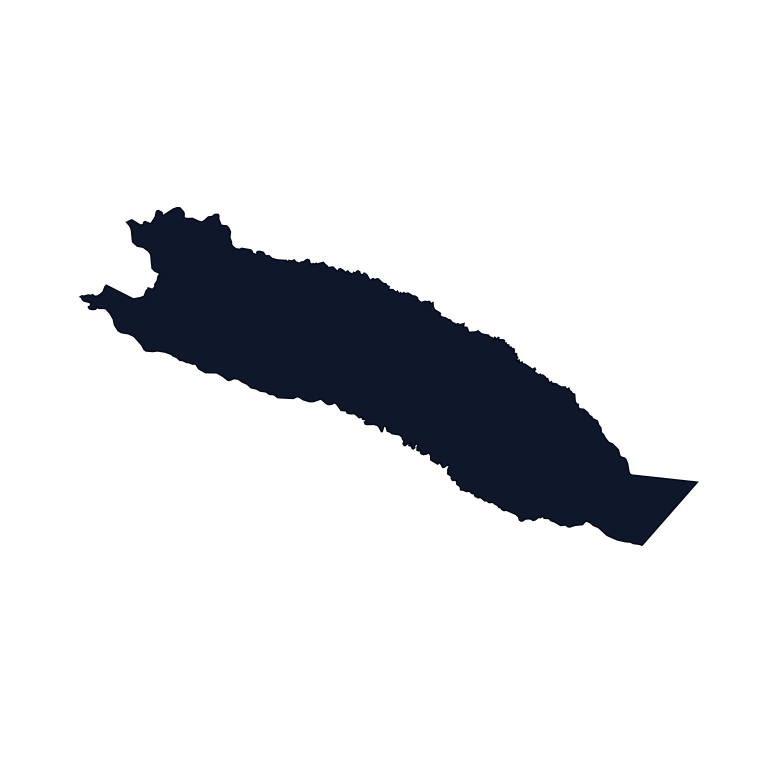 the district of Dolega, Chiriquí, Panama, rotated 141°
{"feature_id": "35544464B94814953668785", "entity_name": "Dolega", "entity_type": "district", "adm_level": 2, "iso_a3": "PAN", "parent_name": "Panama", "parent_adm1": "Chiriquí", "projection": "mercator", "projection_center": [-82.464, 8.626], "detail": "fine", "context": "isolated", "style": "filled", "palette": "ink", "viewbox_px": 768, "rotation_deg": 141, "n_neighbors": 0, "source": "geoboundaries", "source_scale": "gbopen_adm2", "svg_char_len": 6169}
<svg xmlns="http://www.w3.org/2000/svg" viewBox="0 0 768 768"><g transform="rotate(141 384 384)"><path d="M202.3,110.5L249.0,157.5L249.5,159.5L249.0,161.5L244.8,168.9L243.5,173.1L243.7,175.1L245.5,177.6L246.0,179.6L243.3,185.4L244.2,193.6L246.1,197.1L246.1,202.8L245.3,206.4L245.6,209.6L243.1,213.4L243.0,217.1L241.4,221.0L243.7,225.6L243.2,227.8L244.2,230.4L243.7,233.7L244.7,238.6L248.1,242.0L247.1,244.5L245.8,245.8L246.9,247.6L246.5,250.0L242.3,256.1L243.6,258.2L243.3,260.1L243.9,262.3L243.0,264.4L244.3,264.3L245.6,266.0L244.9,267.5L248.1,270.1L249.6,273.4L249.8,275.3L252.0,277.8L253.1,277.6L252.5,280.5L254.2,280.6L254.8,281.3L253.5,285.0L253.7,285.6L254.6,285.8L254.3,287.9L254.8,290.8L256.4,291.9L256.3,293.2L258.1,293.6L259.3,298.2L259.3,299.7L257.1,299.9L256.8,301.5L259.4,301.8L262.0,310.8L263.3,311.8L262.9,314.3L264.8,314.8L265.3,315.5L264.0,317.6L266.0,318.0L265.3,319.8L263.6,320.2L263.4,322.2L262.0,324.1L263.7,326.4L261.7,327.9L261.0,329.3L261.4,330.4L262.5,330.7L262.1,332.7L264.0,334.7L262.5,335.7L264.2,337.6L263.3,338.8L264.4,340.9L263.2,341.7L263.1,342.4L263.7,343.5L266.9,345.9L266.7,346.7L265.6,347.5L265.9,348.3L268.7,347.9L268.3,349.9L268.7,350.7L270.6,349.6L270.9,352.0L272.3,354.3L272.1,356.2L275.5,360.0L276.9,362.3L277.4,366.1L279.4,366.4L285.2,370.4L285.5,371.3L284.1,374.9L284.1,376.0L286.5,378.1L283.8,380.6L287.1,382.0L288.4,383.1L288.6,384.4L291.3,385.1L290.8,386.4L292.3,388.7L292.2,391.9L293.7,393.9L294.5,396.7L297.1,399.8L297.2,402.6L295.9,403.1L295.8,403.9L297.9,409.8L297.0,413.4L294.7,416.4L297.3,416.9L296.7,419.0L297.0,419.9L298.9,420.8L299.9,422.3L303.2,423.6L304.1,424.6L304.7,428.2L303.9,429.7L303.9,430.8L304.8,433.1L306.2,434.2L308.1,439.5L310.4,440.6L311.1,442.6L313.0,442.4L313.8,444.7L314.9,444.1L315.6,444.7L315.1,447.7L317.1,447.6L317.6,451.6L320.4,454.0L320.1,455.5L318.7,456.3L319.8,458.5L319.5,460.7L320.8,462.0L321.6,463.7L322.4,469.4L323.6,470.3L325.8,470.8L325.8,472.2L326.3,472.8L328.9,473.2L329.7,473.8L328.7,479.2L329.0,481.7L329.7,482.7L331.6,482.3L332.8,483.1L333.2,484.6L332.3,486.5L333.1,488.4L334.1,488.7L336.4,488.0L337.4,489.9L338.7,489.1L339.7,489.7L340.8,492.1L341.0,494.7L343.9,494.8L344.0,497.5L345.3,501.1L346.7,501.6L348.8,500.8L349.4,501.1L350.0,507.0L353.6,509.3L354.4,510.4L353.9,512.0L354.5,513.4L354.6,516.7L360.5,519.3L360.8,520.6L362.7,520.7L363.2,522.1L364.6,522.4L365.6,524.2L364.2,527.3L365.0,529.0L366.7,529.5L369.4,529.4L371.6,530.9L374.1,531.0L374.5,532.5L375.7,534.1L375.7,537.0L378.2,537.5L380.2,539.9L381.7,539.0L382.3,539.3L382.0,541.3L388.9,547.6L392.0,552.1L392.7,556.2L395.4,558.0L394.9,562.2L397.2,565.4L399.1,566.6L400.1,566.2L401.1,564.9L402.0,565.2L403.7,567.9L402.9,571.0L403.4,572.4L409.5,579.2L411.1,579.2L414.2,582.4L415.0,586.7L414.5,588.6L413.2,590.4L411.7,594.9L407.6,598.8L406.5,602.9L406.7,605.8L409.9,608.9L410.6,610.2L408.6,616.3L406.4,618.8L406.2,620.2L408.9,622.3L412.0,622.2L415.3,624.3L421.2,624.0L423.8,624.6L425.7,627.2L428.6,633.2L432.8,636.3L434.3,638.1L434.3,639.8L432.2,642.0L431.5,643.8L431.7,649.2L433.8,651.2L437.7,652.6L449.2,653.7L449.8,654.7L448.6,656.9L450.0,660.5L451.3,661.4L452.7,660.9L456.6,657.8L464.0,655.3L465.0,656.1L467.6,660.7L468.7,660.8L471.2,659.3L473.4,661.0L476.7,670.3L482.2,671.7L482.1,667.1L482.6,664.5L483.9,661.8L489.9,652.7L489.0,646.4L485.1,641.9L483.4,635.4L483.7,631.5L491.4,619.9L491.1,616.1L488.7,611.3L489.7,610.2L491.6,610.0L495.3,606.9L499.3,605.7L500.9,603.6L504.5,603.3L506.8,607.0L507.3,606.5L510.0,606.2L515.2,603.1L519.0,604.4L525.3,607.8L537.7,635.6L539.8,635.1L544.3,632.4L548.3,632.2L551.5,632.7L553.7,634.2L554.2,636.7L556.2,637.4L557.7,639.2L561.6,640.9L563.3,642.6L565.2,642.9L564.7,641.7L565.3,639.4L565.0,637.4L560.9,631.9L562.5,629.6L565.3,629.9L565.7,627.9L563.8,625.4L561.6,623.9L560.4,623.7L558.6,624.5L558.4,623.0L557.7,622.0L552.9,618.0L552.5,611.3L553.6,604.6L556.2,599.7L557.1,592.8L555.8,589.3L550.9,583.8L548.3,578.2L547.8,566.5L548.8,561.7L548.2,559.5L543.4,554.9L539.2,552.3L533.9,546.4L530.5,540.7L530.2,538.4L528.3,535.0L527.8,530.9L525.8,529.1L523.7,524.8L522.3,523.6L520.3,520.0L517.8,518.0L518.4,512.4L515.7,505.3L506.9,497.9L504.5,491.7L502.9,484.9L501.5,483.9L497.1,482.6L494.3,479.6L492.8,474.6L490.5,470.0L489.7,464.8L486.2,460.4L484.6,456.4L480.7,452.2L479.5,448.0L476.2,444.9L475.2,440.3L463.6,429.9L459.3,428.8L458.0,426.8L456.7,422.7L453.0,417.1L449.6,414.6L442.8,412.2L442.3,411.7L441.2,404.9L440.0,402.8L437.3,401.1L434.3,400.7L433.5,398.3L433.9,390.4L430.2,386.9L430.9,384.8L430.3,383.7L428.3,381.5L426.4,380.3L425.2,378.5L424.6,373.6L421.7,371.9L422.8,370.1L421.1,368.3L420.9,367.0L421.5,366.2L423.2,366.7L423.8,364.7L422.7,363.2L417.4,359.2L415.2,356.1L415.0,353.7L416.0,348.6L415.2,348.2L411.2,351.1L410.3,351.0L409.5,350.2L409.5,349.0L411.1,345.3L409.6,342.9L408.9,340.2L404.1,335.0L403.3,331.4L404.4,329.2L404.0,327.2L406.8,325.6L407.0,323.5L406.4,322.9L403.2,322.7L400.1,320.9L400.7,320.1L402.8,320.8L403.3,320.5L401.8,318.4L402.7,316.2L402.2,315.1L400.2,315.1L399.4,316.6L398.6,317.0L397.0,317.0L395.8,316.3L396.2,315.1L398.1,314.0L400.0,311.8L399.4,310.6L397.7,310.2L398.9,307.0L398.8,306.0L397.7,304.3L395.1,302.9L393.2,302.6L392.5,301.8L392.7,299.0L395.4,295.6L392.7,288.0L389.9,287.9L390.8,282.1L389.6,281.4L386.6,281.3L384.6,279.9L385.2,278.8L388.0,277.5L391.0,274.1L389.8,269.9L391.2,268.0L391.5,266.4L391.1,265.6L389.1,264.3L388.6,263.2L390.5,260.2L389.4,256.4L391.0,253.5L389.2,251.7L387.8,248.8L385.0,246.8L384.7,243.9L383.1,242.0L383.9,239.0L383.0,238.1L382.6,236.4L381.2,235.8L380.0,234.2L379.4,230.0L377.5,228.4L377.1,226.0L375.7,224.7L374.0,224.0L373.5,221.2L372.1,218.1L372.4,215.8L371.0,214.3L371.4,212.6L370.5,210.2L368.3,208.9L363.5,199.6L363.1,195.8L364.4,193.0L363.8,191.3L362.1,190.2L359.4,190.3L356.1,188.0L354.4,186.0L354.3,184.6L353.6,183.9L351.7,183.2L347.9,183.2L346.5,181.6L343.9,181.5L344.0,178.8L340.5,175.7L340.3,172.8L338.1,169.3L335.8,162.9L331.6,160.2L330.8,157.1L329.5,155.9L324.5,154.0L318.2,149.8L313.8,150.5L312.5,149.4L311.1,146.6L310.2,142.2L307.6,137.4L306.0,126.6L305.1,124.3L300.6,115.8L295.7,109.6L292.0,106.1L290.5,103.0L286.7,99.1L284.9,96.3L202.3,110.5Z" fill="#0f172a" stroke="#020617" stroke-width="1.5"/></g></svg>